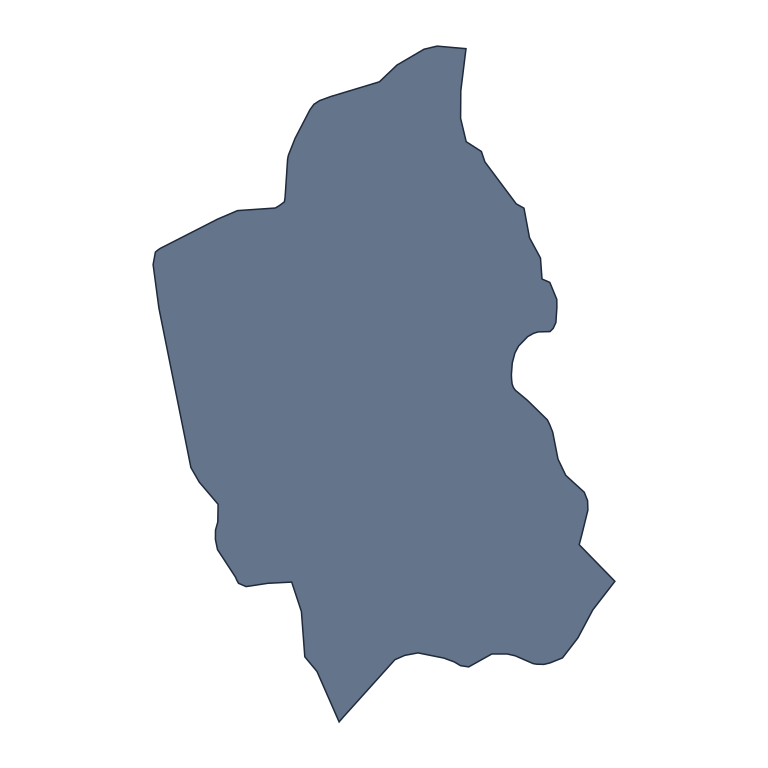 the border of Totonicapán
{"feature_id": "GTM-1955", "entity_name": "Totonicapán", "entity_type": "Department", "adm_level": 1, "iso_a3": "GTM", "parent_name": "Guatemala", "parent_adm1": "", "projection": "equal_earth", "projection_center": [-91.362, 15.041], "detail": "fine", "context": "isolated", "style": "filled", "palette": "slate", "viewbox_px": 768, "rotation_deg": 0, "n_neighbors": 0, "source": "natural_earth", "source_scale": "10m", "svg_char_len": 1313}
<svg xmlns="http://www.w3.org/2000/svg" viewBox="0 0 768 768"><path d="M246.1,586.6L238.5,583.3L236.8,580.2L235.4,577.0L217.5,549.6L215.4,539.4L215.5,530.1L217.8,521.9L218.1,504.3L199.3,482.2L190.9,467.6L186.5,445.5L158.9,308.1L153.1,264.6L155.4,252.1L157.9,250.0L160.4,248.3L217.8,219.0L237.5,210.6L275.3,208.0L279.5,205.5L284.4,201.8L285.1,197.2L287.6,159.2L288.4,155.2L295.1,138.3L309.9,109.8L313.9,104.3L319.6,100.6L330.8,96.5L379.4,81.8L396.9,65.1L424.0,49.2L437.1,46.1L466.0,48.7L460.8,90.9L460.6,118.3L466.2,141.7L481.4,151.5L484.9,161.9L516.2,203.8L524.0,208.2L529.5,237.7L540.5,258.1L542.0,279.0L549.8,282.4L556.8,299.4L556.9,307.2L555.9,322.5L553.2,328.4L550.0,331.6L538.2,331.9L533.4,333.4L527.7,336.6L518.7,345.9L514.9,353.0L512.3,362.9L511.4,374.7L511.6,379.3L512.1,383.9L513.4,387.5L515.4,390.3L527.4,400.3L547.4,419.9L549.6,424.4L552.7,432.1L558.0,459.1L565.8,475.4L584.3,492.3L587.6,500.7L587.9,510.1L581.7,535.2L579.2,544.7L614.9,581.3L592.8,609.9L577.9,637.9L562.5,657.9L550.1,662.9L543.9,664.4L536.6,664.2L533.1,663.6L515.2,655.8L507.3,654.0L491.8,654.0L468.7,666.9L460.6,665.7L454.2,661.9L443.9,658.1L418.0,652.9L404.7,655.4L394.9,659.7L343.5,716.8L339.1,721.9L317.0,671.5L304.8,656.8L301.4,611.5L291.7,582.1L267.9,583.3L246.1,586.6Z" fill="#64748b" stroke="#1e293b" stroke-width="1.5"/></svg>